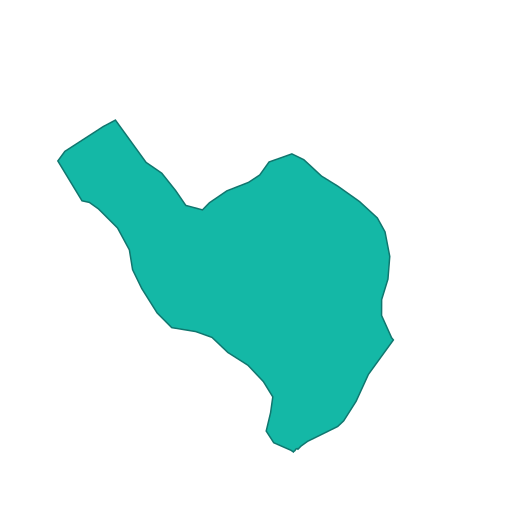 map outline of Al Marj (Natural Earth projection), rotated 150°
{"feature_id": "LBY-2981", "entity_name": "Al Marj", "entity_type": "Municipality", "adm_level": 1, "iso_a3": "LBY", "parent_name": "Libya", "parent_adm1": "", "projection": "natural_earth1", "projection_center": [21.128, 31.907], "detail": "fine", "context": "isolated", "style": "filled", "palette": "teal", "viewbox_px": 512, "rotation_deg": 150, "n_neighbors": 0, "source": "natural_earth", "source_scale": "10m", "svg_char_len": 876}
<svg xmlns="http://www.w3.org/2000/svg" viewBox="0 0 512 512"><g transform="rotate(150 256 256)"><path d="M179.0,114.6L217.8,97.3L242.0,80.1L262.5,69.4L270.5,67.5L303.9,69.7L311.9,68.9L316.3,67.7L316.7,68.7L318.1,68.8L319.6,68.0L321.3,67.8L321.6,67.6L322.9,70.3L334.0,85.4L334.7,99.3L321.8,112.9L311.9,125.6L312.4,143.5L317.6,165.4L328.6,186.5L334.8,207.5L346.0,220.7L364.8,236.1L370.1,256.1L371.2,285.0L369.7,305.9L362.6,324.6L361.9,349.5L368.9,375.6L373.5,385.7L379.1,390.8L380.1,437.4L369.2,442.2L323.6,444.5L309.8,444.0L304.4,392.0L296.2,374.8L292.9,352.8L291.5,334.9L279.3,322.7L269.7,325.4L248.6,327.0L225.6,323.5L212.2,324.3L197.7,330.9L173.9,326.5L166.4,315.4L159.3,292.4L150.1,275.3L139.1,251.3L131.9,228.3L132.2,212.4L140.4,188.7L153.3,170.0L169.0,155.4L177.0,141.7L179.4,117.9L179.5,117.8L179.0,114.6Z" fill="#14b8a6" stroke="#0f766e" stroke-width="1.5"/></g></svg>